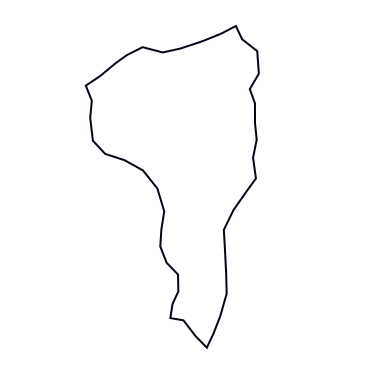 Poá, São Paulo, Brazil (Albers equal-area conic projection), rotated 350°
{"feature_id": "56859067B52445004777120", "entity_name": "Poá", "entity_type": "district", "adm_level": 2, "iso_a3": "BRA", "parent_name": "Brazil", "parent_adm1": "São Paulo", "projection": "albers", "projection_center": [-46.347, -23.539], "detail": "fine", "context": "isolated", "style": "outline", "palette": "ink", "viewbox_px": 384, "rotation_deg": 350, "n_neighbors": 0, "source": "geoboundaries", "source_scale": "gbopen_adm2", "svg_char_len": 704}
<svg xmlns="http://www.w3.org/2000/svg" viewBox="0 0 384 384"><g transform="rotate(350 192 192)"><path d="M179.6,347.9L188.8,334.8L198.3,319.1L208.5,298.1L211.4,278.8L214.4,255.0L216.8,234.8L229.8,216.9L246.3,200.4L257.3,189.8L258.1,168.8L264.8,151.7L266.0,135.2L269.4,115.6L266.8,100.7L278.4,87.0L280.7,64.6L267.9,50.3L264.0,36.1L248.3,41.1L228.6,45.3L205.5,48.7L187.5,49.5L168.5,40.8L151.6,45.9L139.5,51.7L121.8,61.8L105.9,68.8L109.2,84.8L104.6,101.3L103.3,124.3L113.1,139.4L131.0,148.9L147.5,162.3L158.5,182.5L161.3,206.3L155.4,223.4L151.3,240.1L154.7,257.2L163.9,270.9L161.3,287.5L153.4,298.9L148.8,312.4L161.3,316.9L170.6,334.8L179.6,347.9Z" fill="none" stroke="#020617" stroke-width="2"/></g></svg>